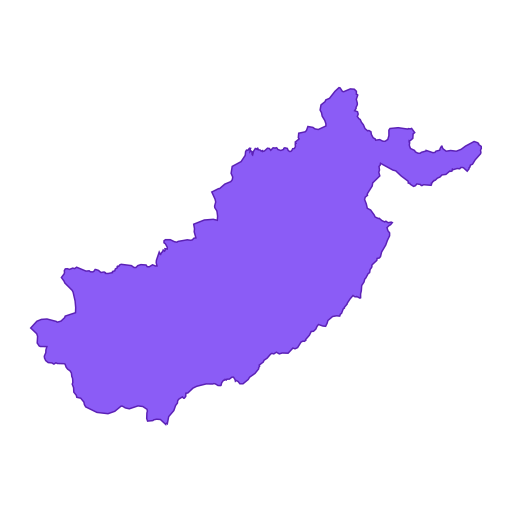 the district of Intregalde, Alba, Romania
{"feature_id": "2599482B14836518060914", "entity_name": "Intregalde", "entity_type": "district", "adm_level": 2, "iso_a3": "ROU", "parent_name": "Romania", "parent_adm1": "Alba", "projection": "albers", "projection_center": [23.397, 46.245], "detail": "fine", "context": "isolated", "style": "filled", "palette": "violet", "viewbox_px": 512, "rotation_deg": 0, "n_neighbors": 0, "source": "geoboundaries", "source_scale": "gbopen_adm2", "svg_char_len": 6036}
<svg xmlns="http://www.w3.org/2000/svg" viewBox="0 0 512 512"><path d="M147.6,421.1L152.8,420.6L153.8,419.8L156.6,419.2L160.4,419.5L165.7,424.4L165.8,423.8L166.6,423.3L167.3,423.8L168.7,416.6L173.8,410.6L175.6,405.5L177.4,403.1L177.7,400.6L179.0,399.0L182.4,396.9L183.6,398.2L184.3,398.2L185.7,396.5L185.9,393.2L187.8,393.0L193.0,388.1L196.7,386.3L206.2,383.9L212.8,384.0L213.7,383.6L215.2,383.8L218.0,385.5L220.5,385.6L221.0,385.4L221.7,382.7L223.5,380.3L224.8,380.1L225.1,379.4L226.3,380.0L226.8,379.2L229.4,379.1L232.0,377.1L233.5,377.2L235.0,379.5L235.4,381.2L236.2,380.5L238.1,381.5L239.9,383.8L243.0,383.8L248.2,379.5L249.6,377.2L255.0,373.4L258.7,368.8L258.6,367.7L259.6,366.3L259.2,365.1L263.2,362.1L264.1,360.2L267.1,358.2L270.6,354.1L271.9,353.4L273.8,353.9L276.4,352.2L279.3,353.9L282.2,353.0L288.1,353.2L292.9,348.1L295.0,348.8L297.6,347.6L301.0,342.1L302.8,341.2L304.4,341.3L305.8,340.3L305.6,339.6L309.4,335.2L311.2,331.5L313.5,331.3L315.8,329.1L317.0,326.4L318.5,324.5L322.8,326.0L325.6,326.3L327.1,323.3L327.9,320.5L332.6,316.5L336.6,315.8L339.7,316.1L340.4,314.1L341.5,313.4L343.2,309.0L344.4,308.1L344.3,307.4L347.1,304.1L347.2,303.3L350.0,299.0L353.0,295.5L354.5,296.6L356.2,296.9L356.7,296.5L359.9,298.1L360.6,297.8L360.6,293.9L361.3,290.8L361.7,285.5L364.0,282.0L364.7,279.2L365.8,278.0L368.1,273.7L369.6,272.6L370.1,269.5L371.5,267.6L371.9,266.7L371.8,265.4L372.3,264.6L376.8,260.4L377.1,258.4L379.3,258.0L380.5,256.6L381.6,252.0L385.7,245.1L387.4,240.4L389.6,235.8L389.6,232.9L387.9,230.7L387.0,227.6L389.2,225.4L390.5,224.8L392.3,222.6L391.2,222.1L388.1,222.7L385.9,221.2L384.7,221.9L381.9,220.6L379.2,218.3L378.4,218.5L375.1,217.0L374.2,215.0L370.6,210.0L367.3,208.3L366.3,203.9L364.6,199.5L365.2,197.2L367.5,195.3L367.2,194.5L367.6,193.3L372.2,186.0L372.7,182.9L379.8,175.9L378.8,172.3L379.5,170.0L379.0,166.4L380.1,165.3L380.5,163.3L392.9,170.1L395.7,170.8L401.1,175.9L408.1,181.2L408.3,183.1L409.8,183.3L410.2,184.2L413.6,186.4L415.4,185.7L416.9,183.9L420.5,184.5L421.1,185.4L421.9,185.6L423.6,184.7L431.1,185.3L431.5,184.7L431.3,183.2L432.4,182.7L432.6,181.6L433.7,181.2L433.9,180.5L435.3,180.2L437.3,178.2L440.0,177.0L442.0,174.9L445.9,174.4L449.8,171.1L450.8,171.4L452.0,171.0L452.4,169.2L453.1,169.7L457.1,168.5L459.7,168.8L460.8,167.5L462.6,167.5L463.4,167.7L467.2,171.2L469.0,168.9L469.2,167.5L469.9,167.1L470.4,165.1L472.5,164.2L475.2,159.8L480.6,153.7L480.9,152.4L480.5,150.2L481.3,148.4L481.2,146.4L478.5,144.4L478.6,143.5L477.6,142.7L474.1,141.5L465.5,146.1L461.2,149.3L456.3,151.2L450.6,150.5L446.2,151.2L443.2,149.0L442.1,147.2L442.1,146.3L441.5,146.2L440.2,148.4L439.7,150.2L435.9,151.2L435.0,152.4L433.0,152.7L426.1,150.4L426.0,151.0L421.4,152.3L420.1,153.3L417.9,153.2L415.4,151.9L414.5,150.4L410.5,148.5L409.5,146.0L409.3,144.7L409.7,142.8L409.1,142.0L409.2,140.7L409.8,141.0L412.8,138.4L413.1,133.9L414.7,132.6L411.6,128.4L410.2,128.9L408.3,128.6L407.9,129.1L398.2,127.7L390.0,128.5L388.9,130.1L388.9,135.6L387.8,139.4L385.1,141.3L382.8,141.2L379.7,139.6L375.7,140.2L375.3,139.0L373.1,137.7L371.4,134.5L370.9,131.7L368.9,130.5L367.6,130.8L365.0,128.6L363.4,124.8L361.4,122.2L360.2,119.5L358.9,118.7L357.3,116.5L358.2,114.1L357.5,111.7L354.6,110.7L356.1,108.4L356.0,107.5L357.3,104.7L357.3,103.1L356.3,99.3L357.7,95.2L357.6,94.7L356.4,94.3L356.4,91.3L354.3,89.2L350.3,88.9L343.7,91.7L342.4,91.4L340.1,87.9L339.0,87.6L335.0,91.3L329.5,98.3L325.8,99.9L325.0,101.7L321.0,104.9L320.1,110.0L321.5,112.7L322.2,116.2L324.8,120.5L325.9,123.8L325.9,126.0L318.3,129.5L315.0,128.9L312.9,127.4L307.9,126.5L306.5,130.4L305.2,131.8L298.7,133.2L298.3,137.6L299.1,138.9L295.2,142.1L296.0,143.4L295.2,143.8L295.4,146.6L294.4,148.5L292.7,148.7L291.8,150.5L290.8,151.4L289.7,151.5L288.2,150.5L287.3,148.4L284.8,147.8L283.8,148.3L283.6,149.4L280.8,150.5L277.9,149.5L276.9,148.0L276.2,147.7L275.4,148.1L273.1,147.8L270.7,150.3L269.4,148.5L267.5,148.2L264.4,151.0L262.6,151.5L262.5,150.6L261.2,151.1L260.1,150.0L258.5,149.8L257.7,148.2L257.1,148.5L257.0,149.3L255.3,148.5L253.4,151.6L252.6,155.0L252.2,154.6L251.9,151.5L250.8,150.8L250.0,151.7L250.1,149.9L250.6,148.4L249.5,148.2L247.8,150.3L246.5,150.1L245.6,151.6L245.2,155.4L241.1,161.6L232.2,166.4L231.1,173.3L232.7,177.0L232.3,179.7L230.8,181.6L224.8,184.1L219.6,188.6L218.6,188.6L211.8,192.0L215.1,199.3L215.7,202.0L214.6,206.1L214.8,207.7L216.8,210.8L217.1,212.2L217.6,216.2L217.3,220.3L213.3,219.3L204.3,220.0L193.7,224.2L194.5,228.8L194.2,231.8L195.9,237.9L193.9,238.2L192.4,239.8L190.8,240.3L187.3,239.8L178.1,241.4L176.8,242.2L174.4,241.7L170.3,239.7L165.4,239.7L164.0,240.8L164.0,242.8L165.4,243.8L167.3,247.3L167.2,249.0L165.0,248.7L165.2,250.0L164.6,251.1L163.2,250.0L162.5,251.9L161.6,252.4L160.6,254.5L160.2,254.3L159.2,252.1L156.4,260.3L156.2,262.7L157.0,265.9L155.5,266.0L152.5,264.8L149.2,266.8L147.2,266.7L146.1,265.0L140.9,264.6L137.8,265.6L136.0,267.5L134.0,267.5L131.4,265.6L121.2,264.3L119.9,264.8L118.7,266.3L117.5,266.2L117.2,266.5L117.4,267.7L115.3,269.0L114.8,270.8L112.5,271.5L112.5,272.6L108.1,273.5L105.4,273.4L105.3,272.6L104.1,272.0L100.9,272.5L98.5,270.4L95.7,269.5L95.1,269.5L93.9,271.3L92.8,271.9L90.4,271.8L89.2,270.8L86.0,271.1L76.6,267.2L74.7,268.6L72.7,268.1L69.5,269.4L67.3,268.7L65.3,268.9L64.3,270.7L64.5,272.6L64.1,273.9L61.4,277.5L64.0,281.1L64.9,283.1L72.2,290.4L73.1,292.2L75.1,301.0L75.7,307.7L75.5,312.7L65.2,316.1L64.6,317.7L61.0,321.1L57.3,322.2L56.2,321.4L47.0,319.0L41.4,319.4L36.9,321.2L30.7,328.0L36.7,333.7L37.6,336.3L37.2,343.0L39.2,346.0L40.4,346.5L46.9,346.6L45.9,350.0L45.8,352.7L44.3,356.2L44.5,358.0L45.7,360.6L48.2,362.6L51.8,362.9L53.9,364.1L55.9,362.8L57.4,363.5L64.2,363.7L65.1,364.2L66.1,367.1L67.6,369.1L70.1,370.9L71.4,373.0L71.8,376.5L72.5,378.1L72.7,379.8L72.8,382.6L72.2,384.1L73.6,387.7L73.8,392.1L76.3,395.3L76.8,397.3L80.7,398.2L83.9,402.1L84.4,404.6L85.7,406.9L96.9,412.4L108.0,413.7L114.8,411.3L121.1,406.1L122.5,406.2L125.3,407.9L129.3,408.8L138.0,405.9L142.8,406.5L147.0,409.3L147.4,411.1L146.9,413.0L146.7,418.5L147.6,421.1Z" fill="#8b5cf6" stroke="#5b21b6" stroke-width="1.5"/></svg>